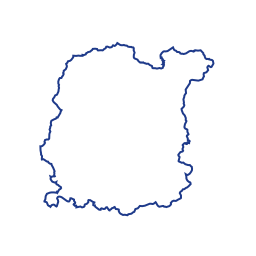 Luc Ngan, Bắc Giang, Vietnam, rotated 348°
{"feature_id": "81297802B38321972927223", "entity_name": "Luc Ngan", "entity_type": "district", "adm_level": 2, "iso_a3": "VNM", "parent_name": "Vietnam", "parent_adm1": "Bắc Giang", "projection": "orthographic", "projection_center": [106.634, 21.437], "detail": "fine", "context": "isolated", "style": "outline", "palette": "blue", "viewbox_px": 256, "rotation_deg": 348, "n_neighbors": 0, "source": "geoboundaries", "source_scale": "gbopen_adm2", "svg_char_len": 5753}
<svg xmlns="http://www.w3.org/2000/svg" viewBox="0 0 256 256"><g transform="rotate(348 128 128)"><path d="M67.5,77.9L65.5,80.6L63.5,81.0L62.2,82.7L60.7,83.9L60.4,84.5L60.1,85.4L60.5,86.7L60.9,87.5L63.2,90.6L63.7,92.3L65.0,94.9L65.5,95.8L66.7,96.7L65.5,98.0L64.9,99.3L61.3,103.2L60.4,102.8L60.2,103.2L59.3,103.9L57.7,104.1L54.8,104.9L54.3,105.3L53.5,107.1L53.4,109.5L52.3,110.3L51.9,111.8L51.0,113.1L51.3,115.4L50.4,116.5L49.8,117.7L48.8,121.7L48.6,122.1L47.6,122.7L46.2,122.3L44.4,122.5L43.4,124.2L43.7,125.3L42.6,126.5L40.6,127.7L39.3,127.9L38.5,127.7L37.8,131.7L37.7,134.8L37.4,136.0L38.0,137.3L38.0,137.9L37.2,140.5L37.2,140.9L38.7,140.9L39.8,141.9L41.5,143.8L42.8,144.3L43.1,145.4L44.3,146.7L45.6,147.2L45.7,148.6L46.5,151.1L47.1,154.3L47.2,155.1L46.6,155.8L46.6,157.0L46.0,158.6L46.4,160.0L46.1,160.1L44.6,159.7L42.9,159.9L42.1,159.3L42.2,160.6L41.7,161.5L41.7,162.2L42.7,164.6L43.3,165.1L45.3,166.3L46.6,165.9L46.3,166.5L46.4,168.2L47.9,169.3L48.7,170.6L50.0,171.7L50.1,172.8L49.2,173.6L47.9,173.9L45.5,176.6L45.4,176.3L45.6,175.5L45.4,175.4L44.4,176.4L42.5,175.7L39.8,175.1L38.0,175.0L35.0,175.5L33.3,177.6L32.6,179.8L32.3,180.6L31.0,182.2L31.0,182.6L32.9,183.6L33.2,184.3L33.6,186.8L34.3,187.7L35.0,188.0L35.7,189.0L37.3,187.6L39.0,187.4L40.1,187.9L40.9,189.2L41.7,189.9L42.1,189.7L44.4,185.7L44.5,183.9L44.0,182.3L44.4,181.5L45.1,180.9L46.3,180.7L47.8,181.3L48.8,182.0L53.0,186.6L54.1,187.4L55.0,187.6L55.5,187.3L56.6,185.8L57.0,184.8L57.8,184.9L60.3,186.8L60.1,188.0L60.2,188.6L60.8,189.7L60.8,190.2L60.4,190.8L59.2,191.1L58.9,191.6L59.9,193.1L61.2,193.2L61.3,193.8L61.0,194.9L65.2,194.9L66.2,195.9L66.6,196.1L68.4,196.0L69.3,195.3L69.5,194.4L70.0,193.8L71.9,193.6L73.7,192.4L74.0,190.8L74.4,190.3L76.0,190.7L78.2,192.9L79.7,193.8L79.6,194.1L78.7,194.4L78.3,194.8L78.0,196.3L78.4,196.6L79.5,196.8L79.5,197.8L79.7,198.3L82.8,201.9L84.2,202.3L84.7,201.3L85.5,201.1L87.1,202.1L88.5,202.3L90.1,201.1L90.9,201.1L92.4,204.5L92.9,204.8L93.4,204.2L94.6,203.9L95.7,203.1L97.2,203.0L97.8,202.6L98.5,202.5L99.2,204.7L101.1,205.3L102.0,205.9L101.7,207.7L102.2,209.3L102.9,210.3L105.0,212.0L106.9,212.2L109.3,213.2L109.6,213.1L110.4,212.4L111.7,212.5L113.6,212.5L115.5,211.5L116.7,211.3L118.4,208.8L120.9,208.6L123.4,206.7L125.7,207.4L128.4,207.5L133.5,206.6L134.5,206.8L136.4,207.5L137.3,207.4L139.6,206.3L139.8,206.7L140.7,209.5L141.2,210.5L142.2,211.5L145.9,211.5L146.5,211.7L147.0,212.5L148.1,212.7L149.0,213.3L152.0,213.0L152.9,212.6L153.9,211.9L154.3,211.3L154.3,210.2L156.0,208.9L157.6,208.6L159.2,209.2L160.3,209.2L161.3,208.7L165.0,207.7L165.3,207.4L165.8,204.9L165.1,202.5L165.4,201.9L166.2,201.2L167.6,200.7L168.9,199.4L170.4,199.5L172.3,198.6L173.3,198.5L175.1,197.6L177.6,195.9L177.7,194.7L177.5,194.1L176.7,193.7L175.3,192.0L174.9,190.9L174.6,189.7L175.0,187.4L174.9,185.2L175.8,186.1L176.5,186.3L177.2,186.2L178.9,185.5L180.8,183.8L181.8,182.5L182.2,181.1L182.3,179.2L181.6,178.5L180.8,177.1L179.0,176.7L176.5,175.3L174.9,173.3L173.4,173.2L170.7,171.2L170.6,170.8L172.4,167.2L172.4,166.9L171.6,165.5L171.7,164.6L174.2,162.5L176.5,162.3L177.2,161.7L176.9,159.9L178.1,158.2L178.2,157.1L177.9,156.2L178.0,155.9L180.0,154.6L180.8,154.6L181.4,155.6L182.0,155.9L182.3,155.9L182.8,155.4L182.5,154.8L183.1,154.4L184.1,155.3L184.6,155.5L184.9,154.4L185.5,153.9L185.5,153.3L185.2,153.0L184.0,152.4L184.3,150.6L183.8,148.3L184.1,147.6L185.6,147.0L185.9,146.7L185.3,144.2L185.7,142.0L185.4,141.6L184.0,140.6L183.4,139.5L183.4,138.7L184.5,136.1L186.5,133.6L186.6,133.3L186.1,132.3L186.6,130.3L186.1,127.5L184.8,125.2L184.3,122.1L184.3,120.5L187.0,118.7L187.8,117.5L187.8,116.8L187.5,115.8L188.0,114.9L188.2,111.4L189.4,109.5L189.9,108.0L190.8,107.0L192.0,106.0L192.4,102.4L197.8,97.1L198.5,94.8L199.7,94.3L200.7,94.2L206.1,96.1L206.8,96.3L211.0,95.9L212.3,94.0L213.0,93.4L213.1,91.3L213.6,90.1L216.3,89.8L218.4,88.1L218.2,85.2L218.6,84.6L219.2,84.1L219.8,83.9L221.4,85.5L221.7,85.7L222.4,85.6L224.7,83.1L225.0,82.6L225.0,80.9L225.0,79.9L224.2,78.9L222.4,78.2L221.7,77.3L221.1,77.5L220.4,77.0L219.2,76.9L218.3,76.0L217.9,74.1L218.0,73.1L217.1,71.7L217.2,70.4L215.2,67.1L212.6,66.9L209.8,65.9L208.5,66.2L208.7,66.7L208.1,66.9L206.2,65.8L205.0,65.6L203.9,65.7L200.2,67.1L197.8,67.2L196.6,66.6L196.0,66.6L194.7,66.0L194.4,65.0L193.8,64.4L191.8,63.8L191.1,62.5L189.9,61.7L189.3,61.0L188.8,58.5L182.7,61.0L180.6,60.9L179.3,60.5L178.4,60.6L176.5,61.8L175.0,63.4L174.7,64.7L174.6,66.1L175.3,65.8L175.6,65.9L175.6,66.8L176.1,67.5L175.6,68.4L176.4,68.7L176.4,69.5L177.0,69.6L177.3,69.8L176.6,70.5L176.1,70.1L175.8,70.4L175.8,70.8L176.6,71.5L175.8,72.2L176.5,72.8L176.5,73.1L176.3,73.3L175.2,73.3L175.9,74.1L176.0,74.5L174.9,75.6L174.5,76.4L172.8,76.7L171.4,75.9L168.7,75.9L167.1,75.2L164.9,74.7L164.4,74.3L164.3,72.3L162.5,71.0L161.1,69.3L159.2,69.0L158.6,68.4L157.5,68.0L156.4,66.9L155.3,67.1L154.4,66.5L153.6,66.6L152.2,64.9L151.5,63.1L148.9,61.3L148.4,60.4L148.4,59.7L149.0,57.5L150.1,55.7L149.7,53.2L150.2,51.4L150.1,50.6L149.9,50.3L148.6,49.9L148.1,49.4L146.6,49.1L144.9,48.4L144.0,47.2L142.4,46.7L141.2,45.9L140.4,46.0L138.5,45.6L137.4,44.9L135.2,42.7L134.3,43.7L132.6,44.8L131.9,44.9L130.6,44.0L129.0,45.4L128.6,45.5L126.9,45.5L124.8,44.1L123.6,44.0L122.9,45.1L122.5,45.4L121.1,45.8L119.7,46.7L119.3,46.8L117.8,46.3L114.8,45.9L114.5,45.6L114.2,44.3L112.3,43.6L110.0,43.3L108.9,44.4L108.2,44.6L107.0,45.4L104.5,45.5L103.8,45.9L102.7,46.1L102.0,47.2L99.8,47.5L98.7,47.0L98.5,47.9L96.0,47.4L94.7,46.9L92.2,46.7L89.5,45.9L89.1,47.4L88.7,47.8L86.6,49.6L85.3,50.2L83.1,50.3L82.3,51.5L80.8,52.4L81.1,54.5L80.9,55.4L79.3,57.6L77.1,58.6L76.8,59.7L76.1,60.5L76.0,61.0L76.3,61.5L76.3,61.8L75.3,63.2L74.3,63.9L73.3,65.2L71.6,65.0L70.6,66.0L69.5,68.0L69.1,70.1L69.5,71.5L68.8,72.6L68.9,74.5L68.4,75.3L67.5,77.9Z" fill="none" stroke="#1e3a8a" stroke-width="2"/></g></svg>